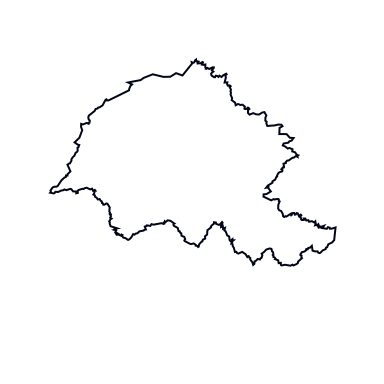 Cuautitlán de García Barragán, Jalisco, Mexico, rotated 233°
{"feature_id": "50627088B76976596426354", "entity_name": "Cuautitlán de García Barragán", "entity_type": "district", "adm_level": 2, "iso_a3": "MEX", "parent_name": "Mexico", "parent_adm1": "Jalisco", "projection": "equal_earth", "projection_center": [-104.358, 19.461], "detail": "fine", "context": "isolated", "style": "outline", "palette": "ink", "viewbox_px": 384, "rotation_deg": 233, "n_neighbors": 0, "source": "geoboundaries", "source_scale": "gbopen_adm2", "svg_char_len": 6061}
<svg xmlns="http://www.w3.org/2000/svg" viewBox="0 0 384 384"><g transform="rotate(233 192 192)"><path d="M250.3,284.7L253.2,285.2L253.1,286.4L253.7,286.6L254.6,286.1L255.5,284.6L257.1,285.0L258.3,286.2L259.8,283.9L263.1,288.0L265.1,288.8L265.2,290.5L265.9,290.5L266.4,287.3L266.1,284.8L268.4,283.9L268.0,282.4L269.5,282.0L270.6,280.9L269.8,279.5L270.5,278.7L273.3,277.7L274.9,278.4L275.4,280.0L275.3,281.5L277.5,281.2L277.8,283.7L278.4,284.4L279.1,283.7L280.0,279.7L281.8,279.0L281.7,277.6L282.2,277.2L282.6,277.9L283.6,277.7L285.8,279.4L286.8,277.4L287.8,276.6L288.9,278.8L289.6,278.5L289.6,276.5L291.3,273.8L292.0,274.2L292.3,275.6L294.1,274.1L295.3,274.9L295.3,273.7L294.2,271.8L294.5,270.6L295.9,269.9L294.5,269.2L290.8,254.5L296.5,250.8L297.1,244.1L301.1,238.5L309.6,231.5L312.2,222.2L312.3,218.3L318.0,206.8L314.0,208.9L313.8,206.8L312.3,204.1L311.1,202.9L315.4,180.5L316.4,179.1L317.5,179.4L317.7,178.6L315.0,172.7L315.2,169.5L315.9,167.7L315.5,166.8L316.3,165.0L315.3,162.9L315.1,155.5L313.9,154.0L311.9,153.1L310.6,153.4L309.0,151.8L309.4,150.8L308.9,150.4L310.5,149.5L311.7,145.4L313.1,144.5L310.8,142.6L307.4,141.5L303.1,134.7L302.3,128.1L298.5,129.3L297.4,130.2L296.1,128.2L296.3,127.2L293.8,125.6L293.3,124.5L293.3,122.6L291.7,119.8L291.6,117.9L290.7,115.4L289.6,114.6L288.3,111.7L288.7,111.0L288.8,109.0L281.6,107.3L281.1,103.3L280.1,102.4L281.0,101.3L279.9,100.3L280.3,98.9L279.9,94.8L277.6,88.3L277.9,86.8L278.9,85.6L279.5,83.5L278.4,79.9L276.8,79.3L276.7,78.4L274.0,80.8L273.9,81.8L274.4,83.0L272.5,85.2L272.0,88.1L270.9,90.2L270.9,91.6L269.1,92.7L267.8,96.6L267.0,97.3L264.0,97.4L262.1,99.9L260.6,98.8L260.0,100.3L261.4,101.0L261.9,102.6L260.4,106.6L259.6,107.3L259.6,108.7L258.8,110.5L255.4,112.2L254.8,114.2L252.6,113.7L252.2,115.6L251.1,115.6L251.6,114.6L250.3,113.8L249.3,111.7L248.0,112.4L246.3,111.7L245.0,112.4L242.7,112.3L242.0,114.0L240.1,113.8L238.7,114.3L237.4,113.5L236.6,114.0L235.3,113.5L234.6,114.3L234.4,116.7L233.5,117.4L229.2,117.0L226.3,114.3L223.2,113.7L223.6,113.0L221.5,112.8L220.7,111.2L219.2,111.7L219.3,110.6L218.4,108.2L217.3,108.2L216.3,107.2L213.6,106.4L208.0,110.4L209.0,108.3L208.2,108.3L208.6,107.1L206.9,108.3L206.4,107.2L205.7,106.9L203.1,107.9L203.3,106.8L204.3,106.2L203.2,106.1L202.1,107.8L199.7,109.1L200.4,110.1L199.4,110.6L199.0,109.7L196.9,109.7L195.2,111.1L192.2,112.1L191.9,113.6L192.3,116.2L193.8,119.7L192.5,120.5L192.7,122.0L191.9,123.5L192.2,126.3L190.3,130.2L190.5,131.0L189.8,132.6L192.8,133.5L192.2,135.4L192.5,135.9L190.0,138.3L190.7,140.3L189.0,141.7L185.5,148.8L183.5,150.2L183.4,150.9L184.5,151.3L184.1,152.0L184.7,152.6L183.9,152.7L184.0,155.6L181.9,157.5L177.5,158.9L177.7,158.1L177.1,157.5L175.8,157.2L171.9,159.0L168.8,157.7L168.1,158.5L166.5,158.1L165.5,158.6L163.4,157.3L160.8,158.8L158.5,158.2L157.9,156.7L157.3,156.6L151.7,159.3L150.9,160.0L149.9,162.4L147.5,163.2L146.9,162.7L145.6,163.9L144.4,163.8L144.3,164.4L145.9,166.2L146.6,169.9L146.3,170.5L147.4,172.1L146.8,174.5L148.8,175.6L148.9,178.4L152.2,181.3L152.3,185.9L153.0,186.2L153.4,187.5L153.5,190.5L154.6,191.3L153.3,192.7L152.0,192.1L149.6,193.7L149.2,194.4L149.9,197.9L149.0,197.9L148.8,196.7L147.3,196.5L147.3,194.7L146.5,194.1L146.1,196.0L143.9,194.7L143.5,196.7L141.8,194.7L140.4,195.2L136.1,194.0L134.1,194.9L131.0,193.1L129.9,193.1L130.0,195.9L129.2,195.3L128.5,196.1L128.5,193.6L127.9,193.8L127.8,192.6L127.7,193.0L127.2,192.5L127.1,193.1L125.5,192.8L124.2,191.9L122.4,191.9L118.2,190.2L117.5,191.4L116.0,191.3L114.9,192.0L114.0,196.0L110.0,197.4L106.8,197.0L106.9,198.5L106.6,198.7L105.0,198.3L104.4,198.9L103.0,197.9L99.4,197.9L97.0,197.0L97.1,198.6L98.9,200.2L98.6,202.1L99.0,204.1L97.2,205.7L97.8,206.7L97.5,207.7L99.1,210.1L100.8,210.5L100.7,213.0L101.3,216.8L100.2,220.0L98.8,221.2L96.3,220.2L95.1,220.5L93.3,219.5L93.1,218.6L92.0,218.7L91.2,217.9L90.0,218.6L88.4,218.6L88.3,218.0L85.6,219.7L83.0,218.4L82.0,220.3L80.2,219.1L79.3,219.5L78.0,222.4L73.9,226.3L73.5,228.5L72.4,228.7L71.6,231.6L71.5,233.7L72.6,234.9L73.0,240.0L73.8,239.9L75.3,241.2L76.3,240.6L77.1,241.2L77.8,243.8L76.9,245.5L76.7,248.2L77.6,248.6L77.3,249.9L76.7,250.2L77.3,251.4L76.5,252.6L76.9,255.3L72.6,253.0L70.5,254.5L69.0,256.6L67.6,256.3L66.5,257.0L66.2,258.0L66.7,261.3L66.0,264.3L66.9,265.5L66.6,266.7L68.2,269.4L67.4,273.6L68.0,276.6L77.3,285.3L78.7,281.3L79.8,280.0L80.6,280.5L82.1,279.4L81.5,277.5L85.3,273.8L85.9,274.3L85.1,275.5L85.6,277.0L87.3,271.7L87.8,271.8L87.7,273.4L88.5,273.0L90.2,273.5L89.9,271.8L91.0,271.8L91.4,270.4L92.4,271.8L94.3,272.8L94.1,271.3L96.5,270.2L97.8,267.6L99.4,268.0L100.5,266.1L102.6,266.5L103.3,265.6L102.4,265.5L102.3,264.6L103.6,262.8L104.3,262.6L105.2,263.4L107.0,263.1L107.6,265.3L108.5,265.2L108.5,262.9L111.3,263.6L112.1,263.0L111.6,261.3L112.1,260.4L113.7,261.0L114.9,259.2L113.7,258.0L113.7,257.2L115.2,257.4L115.6,252.6L116.5,252.0L116.5,250.6L118.0,250.2L119.6,251.2L123.1,251.8L125.0,250.6L127.0,250.9L129.9,253.3L131.7,256.3L132.6,255.9L133.9,256.9L134.9,256.3L136.4,253.3L137.2,252.9L137.7,250.2L145.3,246.3L147.0,247.8L145.5,250.3L145.0,255.3L149.2,255.3L149.8,255.9L150.8,253.8L151.5,256.4L151.0,261.8L152.1,262.7L151.8,265.8L153.2,268.3L153.1,269.3L154.0,269.9L155.1,272.3L155.1,273.9L154.2,276.5L155.1,277.5L156.4,277.1L156.9,279.3L156.3,279.9L156.5,280.5L159.5,282.1L158.7,284.5L159.5,285.0L159.8,286.9L159.0,288.2L158.9,292.9L158.2,293.8L158.2,296.7L156.6,297.4L157.3,297.7L157.4,298.9L158.5,298.1L161.7,298.2L164.1,296.5L165.7,298.0L168.6,296.2L169.1,294.6L172.2,293.8L174.5,292.5L175.6,294.3L173.4,298.7L173.9,300.1L173.1,302.6L174.0,305.6L176.4,302.8L181.3,302.4L185.7,296.6L190.5,300.5L190.1,303.9L191.9,303.9L194.0,301.4L195.5,298.0L199.4,291.9L202.1,292.7L203.2,293.9L204.9,293.5L207.4,295.6L208.3,297.4L212.2,297.9L213.2,295.9L213.5,292.2L215.5,289.9L218.1,288.4L219.2,284.5L221.5,284.3L223.7,286.1L223.8,287.8L225.2,287.8L225.8,287.4L225.6,285.5L226.2,284.4L227.0,284.0L228.4,285.6L231.3,284.9L232.3,283.1L234.6,281.7L235.0,279.1L237.4,280.2L241.5,279.0L242.8,280.5L246.7,281.5L247.8,282.9L249.1,283.2L250.3,284.7Z" fill="none" stroke="#020617" stroke-width="2"/></g></svg>